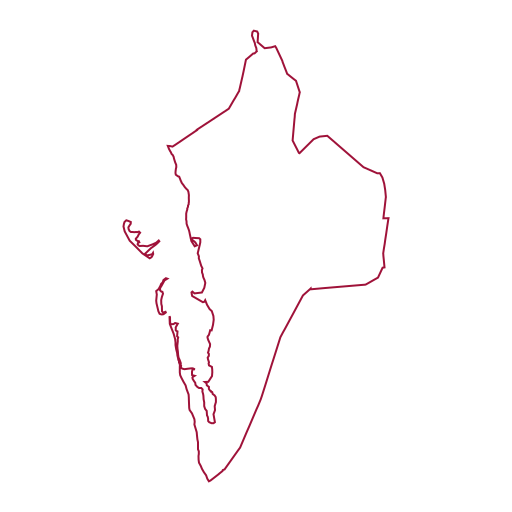 the district of Ad Durayhimi, Al Hudaydah, Yemen
{"feature_id": "15242507B48909907999430", "entity_name": "Ad Durayhimi", "entity_type": "district", "adm_level": 2, "iso_a3": "YEM", "parent_name": "Yemen", "parent_adm1": "Al Hudaydah", "projection": "equal_earth", "projection_center": [43.019, 14.599], "detail": "fine", "context": "isolated", "style": "outline", "palette": "rose", "viewbox_px": 512, "rotation_deg": 0, "n_neighbors": 0, "source": "geoboundaries", "source_scale": "gbopen_adm2", "svg_char_len": 6027}
<svg xmlns="http://www.w3.org/2000/svg" viewBox="0 0 512 512"><path d="M246.0,59.6L245.8,60.4L243.6,71.2L242.4,76.8L242.2,77.6L239.8,88.1L239.3,90.0L239.2,91.0L238.3,92.4L235.1,98.0L233.6,100.4L231.0,104.9L228.8,108.7L217.0,116.5L199.8,127.8L197.2,129.5L196.8,129.8L197.0,130.1L175.0,145.0L172.5,146.6L170.2,146.1L167.8,145.9L168.8,148.4L168.8,148.6L169.3,149.5L170.0,150.9L170.9,152.3L171.3,153.3L171.7,154.1L172.8,155.1L173.7,157.0L173.9,158.2L174.5,160.2L175.0,161.8L175.4,162.9L176.2,164.8L176.3,167.1L175.9,168.8L175.6,171.1L175.5,172.5L175.5,173.2L175.8,174.7L178.0,176.3L179.2,176.7L180.4,179.7L180.7,180.7L181.2,181.4L181.5,182.5L182.2,183.5L183.4,185.0L184.8,187.1L186.4,188.9L187.7,190.1L188.4,191.8L188.9,195.1L188.8,197.7L188.9,200.7L188.9,202.2L188.7,202.7L188.7,204.2L188.0,205.6L188.0,206.7L187.2,208.7L187.3,209.4L186.6,211.6L186.2,213.6L186.2,217.4L186.1,219.4L186.5,221.2L186.6,223.8L187.4,226.2L188.0,227.6L189.1,230.7L189.5,232.5L189.9,234.5L190.3,236.3L190.7,238.3L191.4,241.1L194.7,246.3L197.0,245.3L195.4,242.5L193.9,241.1L193.1,240.7L192.4,240.0L192.2,238.2L193.1,237.8L195.3,238.0L199.1,238.2L200.3,239.3L200.3,242.3L199.7,245.1L197.7,253.3L198.9,256.3L198.8,258.3L199.7,260.9L201.2,265.8L202.5,268.4L201.9,270.0L202.0,271.3L202.0,272.4L202.8,274.5L203.0,276.2L203.4,277.6L204.5,280.0L205.3,282.9L204.3,287.8L201.9,292.5L194.5,293.4L192.4,291.6L191.5,292.4L191.8,294.4L192.2,296.0L202.9,302.2L204.3,301.8L205.2,300.2L207.0,304.7L209.6,309.1L211.8,311.1L213.4,316.0L213.7,319.8L213.0,324.9L211.6,330.4L210.2,330.2L209.5,332.9L208.9,334.9L207.6,336.5L207.5,337.6L208.2,339.9L210.1,344.1L209.9,346.7L209.0,348.5L208.6,350.8L208.0,352.7L208.9,353.9L208.8,355.9L207.7,357.6L208.0,359.3L209.0,362.3L208.6,363.4L209.0,365.4L211.9,366.9L212.2,369.2L212.3,372.3L212.0,376.1L210.1,379.0L208.3,381.8L204.9,382.0L206.6,383.4L206.8,385.3L208.9,386.9L208.9,389.0L210.1,390.7L210.8,390.9L211.1,391.8L212.2,392.1L212.7,394.0L214.6,395.4L215.7,397.1L215.9,399.1L215.9,402.1L214.7,406.1L215.0,410.1L214.3,412.1L213.5,414.2L214.9,422.2L213.5,423.2L211.5,423.2L210.4,422.7L209.2,422.2L208.2,421.1L208.1,419.8L208.1,418.5L207.7,416.7L207.0,415.4L206.7,410.9L205.1,408.9L204.2,406.1L204.2,402.3L203.6,399.2L203.4,395.8L203.1,394.0L202.4,391.6L202.6,389.4L201.3,388.0L199.0,388.0L197.3,386.9L195.5,384.9L195.2,382.7L194.2,381.4L192.7,379.0L192.4,377.7L192.7,377.0L194.6,375.8L192.1,375.1L192.0,374.1L192.0,371.6L192.3,370.5L192.5,369.4L194.9,369.3L192.7,368.3L191.5,368.3L187.9,368.7L184.5,369.2L182.5,368.7L181.5,368.2L180.9,367.2L181.1,365.6L180.6,365.0L180.8,363.2L179.7,360.1L178.5,357.4L178.1,354.7L177.9,351.8L177.5,348.8L177.3,345.8L177.8,341.2L177.7,339.4L178.2,337.4L177.1,336.3L177.5,331.4L176.6,331.0L176.2,330.8L175.7,330.1L175.8,328.9L175.7,327.4L176.3,326.3L177.8,323.7L175.1,323.0L173.5,324.1L171.1,324.2L170.5,324.0L170.1,322.3L170.0,317.2L169.5,316.2L169.8,323.9L170.9,326.8L173.6,333.6L175.1,339.0L175.5,342.3L175.5,345.0L176.2,349.3L177.1,352.8L177.4,355.5L178.0,357.9L178.3,359.8L179.0,361.2L179.0,362.5L179.7,364.1L179.9,365.2L179.8,366.5L179.8,368.7L179.8,372.5L180.2,375.2L181.5,378.0L183.5,381.8L185.6,385.4L186.6,389.2L188.6,394.5L188.8,397.4L188.9,400.5L189.2,408.0L189.6,410.0L192.0,413.4L192.7,415.1L194.4,419.2L194.7,421.8L194.4,424.5L196.7,432.2L197.0,435.6L197.4,439.4L198.0,442.2L198.0,449.3L198.8,451.3L198.8,454.0L198.5,456.0L198.6,459.8L199.0,462.7L200.8,466.0L202.0,468.9L203.9,472.2L206.1,475.3L207.3,478.7L208.9,481.3L210.5,480.5L218.9,474.0L218.9,473.9L222.4,471.1L222.6,470.9L222.7,470.3L222.9,470.0L224.4,469.5L224.6,469.4L224.7,469.2L237.9,450.6L240.1,447.6L246.6,432.3L249.2,426.4L256.6,409.0L258.1,405.7L260.7,399.4L260.9,398.8L261.8,396.2L265.1,385.8L269.4,372.0L271.8,364.3L273.2,360.0L280.4,337.2L283.1,332.1L284.7,329.3L293.6,312.8L302.9,295.5L303.3,295.1L306.7,292.1L310.4,288.8L310.7,288.5L310.8,289.3L324.1,288.1L357.5,285.3L363.5,284.8L363.9,284.8L365.6,284.6L368.3,283.1L374.6,279.5L378.0,277.6L382.6,267.7L384.5,267.4L383.9,260.9L383.4,256.0L383.3,254.4L383.2,253.4L383.9,248.6L384.7,243.8L385.2,240.1L385.4,238.8L386.2,233.6L387.3,225.9L388.4,218.7L388.5,218.2L383.4,218.3L384.0,212.8L384.6,208.0L385.8,197.5L385.9,197.2L385.2,190.0L384.2,183.7L382.4,177.5L380.0,173.4L379.9,173.2L377.3,173.3L363.5,167.2L327.3,135.8L319.6,136.6L313.6,139.2L299.5,153.2L298.9,152.9L297.2,149.5L297.1,149.3L295.5,146.2L292.6,140.5L294.5,118.9L294.7,117.2L294.9,113.9L297.1,104.3L297.6,101.8L298.2,99.1L299.2,94.9L299.6,92.9L299.8,92.2L299.5,91.5L296.0,80.8L293.4,78.8L292.4,78.0L289.4,75.6L288.2,74.6L287.2,73.9L286.1,71.0L284.4,66.7L283.5,64.3L282.6,62.0L282.5,61.5L282.3,60.8L276.3,48.0L275.2,46.2L271.2,47.4L264.7,48.2L264.3,47.9L257.9,42.4L257.6,42.2L258.1,34.5L258.2,33.7L257.2,31.5L253.8,30.7L252.4,32.3L252.0,35.7L252.7,37.5L253.8,40.5L254.8,43.0L255.3,45.5L256.3,48.0L256.6,50.8L256.8,51.3L256.4,51.6L255.3,52.7L254.5,53.4L253.2,53.5L249.6,56.6L247.0,58.8L246.0,59.6ZM132.7,232.0L130.9,232.0L129.6,231.1L128.6,229.1L128.4,227.3L129.6,225.3L130.7,223.8L130.8,222.0L128.5,221.0L126.3,220.3L124.5,222.0L123.9,224.0L123.5,226.5L124.7,231.4L129.7,240.7L135.2,246.1L137.4,248.3L142.4,253.4L149.7,258.3L150.9,257.6L151.9,256.7L153.2,254.0L153.0,252.9L152.2,254.2L149.6,254.9L148.4,255.1L146.8,255.4L145.0,253.8L148.7,250.3L150.9,248.2L155.5,244.9L157.3,243.3L159.3,241.3L158.7,240.5L156.2,242.7L152.7,244.3L147.3,246.3L143.1,245.8L139.6,246.0L138.4,245.3L137.6,244.2L138.1,242.7L139.3,242.3L138.8,241.1L137.7,241.1L135.9,239.8L135.8,238.7L137.6,236.7L138.8,234.3L140.1,232.7L139.0,231.6L137.2,232.2L136.2,232.0L134.2,232.2L132.7,232.0ZM162.0,311.3L161.9,306.2L161.3,304.0L161.2,300.0L161.9,296.9L163.0,293.7L162.4,291.8L161.3,291.6L160.1,290.4L160.1,288.0L161.3,286.2L164.5,280.4L167.3,278.7L165.9,278.2L163.5,280.0L162.6,282.5L161.2,283.8L160.3,286.0L158.6,289.1L156.2,291.1L156.8,294.5L156.2,300.7L156.5,303.3L158.4,311.3L159.6,313.8L161.3,314.4L162.3,314.4L163.5,314.2L165.8,312.5L165.5,311.8L163.9,312.4L163.2,312.7L162.0,311.3Z" fill="none" stroke="#9f1239" stroke-width="2"/></svg>